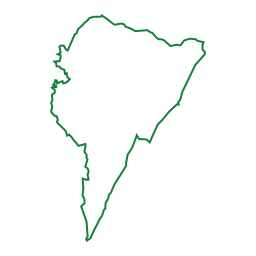 Juncos, Puerto Rico
{"feature_id": "32010507B4476069881606", "entity_name": "Juncos", "entity_type": "district", "adm_level": 2, "iso_a3": "PRI", "parent_name": "Puerto Rico", "parent_adm1": "", "projection": "robinson", "projection_center": [-65.917, 18.206], "detail": "fine", "context": "isolated", "style": "outline", "palette": "green", "viewbox_px": 256, "rotation_deg": 0, "n_neighbors": 0, "source": "geoboundaries", "source_scale": "gbopen_adm2", "svg_char_len": 1773}
<svg xmlns="http://www.w3.org/2000/svg" viewBox="0 0 256 256"><path d="M203.6,42.2L197.6,40.9L195.4,39.2L189.8,38.7L184.3,40.4L180.4,45.4L176.6,44.7L170.6,46.1L163.6,40.0L160.8,39.2L158.9,39.3L156.3,37.5L152.2,32.7L151.1,32.6L147.2,30.2L135.3,31.1L130.7,28.5L125.5,26.6L124.2,24.4L121.1,23.5L115.2,24.7L113.7,24.3L105.6,17.9L102.7,16.3L102.0,15.4L100.4,16.7L93.1,16.8L88.5,18.7L87.8,20.3L83.8,23.3L83.4,24.4L78.0,29.2L76.7,33.0L74.7,34.5L67.7,50.5L66.0,49.6L64.2,46.2L62.1,45.4L60.9,45.7L59.4,46.7L60.7,52.4L57.7,54.3L60.5,55.1L60.7,57.0L59.7,61.1L54.5,61.6L56.0,63.0L56.6,66.3L59.5,66.5L60.8,68.4L64.3,69.8L65.0,73.9L66.7,73.1L67.3,77.1L69.8,79.1L66.6,82.4L63.5,83.4L62.5,81.1L57.1,83.4L56.9,80.6L55.3,80.2L54.6,83.3L53.3,84.5L56.4,86.3L56.0,87.3L53.1,86.8L52.0,87.6L54.7,90.0L54.8,92.6L51.9,94.8L52.4,100.3L51.1,103.1L52.2,106.3L51.2,111.9L54.3,115.6L56.8,116.3L57.8,119.9L56.9,121.8L58.0,123.5L65.6,130.8L67.1,135.6L69.2,134.6L72.3,137.9L73.7,140.3L76.1,142.8L78.6,145.9L85.3,144.0L85.5,146.2L84.4,151.7L86.7,155.1L86.4,157.3L87.5,159.4L85.3,166.7L87.8,168.7L88.7,171.2L87.6,174.7L88.5,179.6L86.6,179.8L82.7,178.6L83.3,188.6L82.5,195.7L84.4,198.9L84.6,203.0L83.3,204.4L81.2,206.4L86.6,221.8L87.6,236.7L86.1,239.0L86.9,240.6L90.4,238.3L93.9,230.6L99.8,219.0L102.2,215.4L103.8,210.1L105.2,208.6L105.7,202.7L108.1,198.7L109.0,194.7L110.8,192.9L114.5,184.2L120.2,175.3L126.1,165.8L126.1,164.4L126.1,163.0L127.7,154.5L131.3,149.2L132.3,147.3L136.4,136.7L136.7,135.3L139.3,139.1L144.8,139.3L146.7,139.6L149.7,142.4L157.3,125.3L160.1,122.0L161.7,120.7L169.4,111.3L170.6,110.2L176.8,104.5L178.7,104.6L178.1,102.4L180.2,99.8L182.6,91.2L183.6,89.2L189.2,77.7L195.2,65.0L204.6,54.5L204.9,52.0L202.6,49.7L202.5,45.3L203.6,42.2Z" fill="none" stroke="#15803d" stroke-width="2"/></svg>